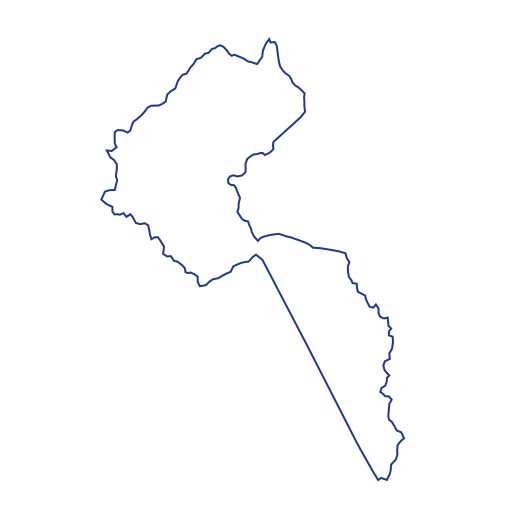 Mairipotaba, Goiás, Brazil, rotated 3°
{"feature_id": "56859067B33960299529062", "entity_name": "Mairipotaba", "entity_type": "district", "adm_level": 2, "iso_a3": "BRA", "parent_name": "Brazil", "parent_adm1": "Goiás", "projection": "equal_earth", "projection_center": [-49.457, -17.326], "detail": "fine", "context": "isolated", "style": "outline", "palette": "blue", "viewbox_px": 512, "rotation_deg": 3, "n_neighbors": 0, "source": "geoboundaries", "source_scale": "gbopen_adm2", "svg_char_len": 3233}
<svg xmlns="http://www.w3.org/2000/svg" viewBox="0 0 512 512"><g transform="rotate(3 256 256)"><path d="M110.3,219.2L112.6,221.9L115.3,221.5L117.9,221.9L121.5,220.1L124.6,223.7L128.2,220.9L130.6,223.2L134.2,229.2L138.6,230.3L143.2,229.1L146.7,231.0L147.9,235.1L149.1,240.4L150.7,244.7L153.6,242.8L157.0,242.3L159.4,245.3L161.9,248.9L163.7,251.4L163.1,258.7L167.3,261.1L170.9,260.6L174.4,265.1L178.0,265.8L182.4,268.8L185.4,271.6L186.5,275.9L189.0,276.6L191.5,275.9L195.3,277.4L198.9,279.7L199.1,284.8L201.5,289.1L207.4,287.8L211.3,283.6L214.2,281.5L219.9,280.0L222.3,278.1L227.2,275.2L231.5,273.1L234.1,267.3L240.1,264.3L243.6,263.0L249.0,261.9L253.1,256.9L256.0,254.7L262.7,259.6L298.8,320.8L313.8,346.2L366.7,437.6L368.6,440.6L370.2,443.3L383.6,464.4L389.7,473.3L392.6,471.1L398.4,472.8L401.0,466.6L401.7,463.1L401.9,457.1L406.4,451.8L407.6,446.8L407.1,442.3L407.3,437.4L410.8,432.6L413.4,430.4L410.3,424.5L405.7,422.9L402.9,418.3L400.4,414.6L397.3,412.4L396.5,408.7L396.9,396.7L399.0,392.4L395.9,389.2L392.4,389.4L390.3,387.2L387.2,385.3L388.3,381.2L391.8,378.8L393.1,374.6L393.2,370.7L395.4,368.3L392.4,365.5L390.4,363.4L388.9,358.7L390.2,354.4L395.0,351.8L394.2,346.4L396.7,341.4L397.3,334.8L396.7,329.4L392.9,328.3L392.7,324.3L394.8,321.4L392.0,318.9L390.7,310.6L387.2,311.7L383.0,310.1L381.4,306.9L381.1,302.0L378.3,298.2L375.9,301.4L372.1,300.7L368.0,293.4L367.0,289.7L364.0,288.4L359.6,286.4L358.6,282.6L358.0,278.4L353.8,278.0L352.5,275.2L349.8,271.9L348.7,266.8L348.3,261.7L349.6,257.2L346.7,253.1L345.2,248.6L339.0,247.1L331.7,246.1L319.7,244.8L312.4,244.7L309.8,242.6L305.0,240.2L297.1,237.7L289.5,235.5L285.2,234.8L280.6,233.4L277.2,232.7L269.4,234.2L263.0,236.2L259.7,237.7L257.1,240.8L253.0,236.5L250.5,232.3L249.6,229.1L247.8,225.8L246.2,221.8L243.0,221.4L240.1,219.8L237.2,215.8L235.1,212.9L236.1,208.9L235.9,204.8L237.0,198.7L234.0,192.9L232.5,189.3L230.5,186.5L227.2,186.3L224.6,184.6L224.0,181.1L226.0,177.8L229.1,176.6L233.3,177.5L237.6,176.4L241.1,173.0L241.1,169.6L240.7,164.4L242.2,159.5L245.7,156.4L249.0,154.5L251.9,154.2L254.6,153.0L257.3,152.8L259.4,154.7L263.8,152.5L267.8,148.5L267.2,144.7L267.4,141.2L269.8,138.8L293.6,114.8L297.5,109.2L296.5,104.4L296.3,99.8L295.7,95.2L296.0,91.0L293.3,88.5L289.0,85.0L286.6,83.9L283.7,81.3L282.0,77.7L280.0,74.6L275.6,71.8L272.6,68.8L270.1,65.3L268.8,61.0L267.8,56.3L265.7,45.0L263.7,41.4L259.3,42.0L257.8,38.7L254.8,43.3L253.4,47.1L252.1,50.7L251.8,56.7L247.1,64.3L241.1,62.6L238.0,62.2L232.6,59.2L227.3,57.3L223.8,56.2L221.3,57.3L218.6,55.4L215.8,51.9L212.7,48.9L209.6,47.5L207.0,48.2L204.2,50.6L201.4,51.4L197.8,55.7L194.4,56.6L190.7,60.9L186.2,62.6L183.3,68.0L180.9,70.7L179.1,74.2L176.9,77.6L173.1,78.9L170.6,82.3L168.8,85.4L166.6,92.9L161.9,96.3L158.9,99.5L157.7,106.6L154.1,109.2L151.0,110.8L143.5,111.4L140.0,113.5L137.0,118.0L134.2,121.4L130.1,125.4L126.4,128.5L125.2,132.0L123.9,137.5L121.2,139.4L116.8,137.6L111.1,137.5L108.5,139.6L108.6,145.1L109.1,151.2L111.1,154.7L108.8,156.6L106.4,158.7L101.5,158.4L103.4,161.6L105.3,165.0L108.9,167.4L112.1,171.4L112.5,175.7L112.2,179.7L111.9,183.5L113.4,187.6L112.3,193.0L111.6,197.5L106.4,197.9L101.8,199.6L98.6,207.8L104.0,212.0L110.0,214.4L110.3,219.2Z" fill="none" stroke="#1e3a8a" stroke-width="2"/></g></svg>